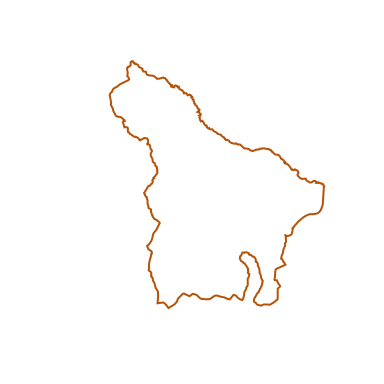 the district of Bukombe, Geita, United Republic of Tanzania, rotated 137°
{"feature_id": "72390352B18842274411831", "entity_name": "Bukombe", "entity_type": "district", "adm_level": 2, "iso_a3": "TZA", "parent_name": "United Republic of Tanzania", "parent_adm1": "Geita", "projection": "albers", "projection_center": [31.534, -3.788], "detail": "fine", "context": "isolated", "style": "outline", "palette": "amber", "viewbox_px": 384, "rotation_deg": 137, "n_neighbors": 0, "source": "geoboundaries", "source_scale": "gbopen_adm2", "svg_char_len": 6022}
<svg xmlns="http://www.w3.org/2000/svg" viewBox="0 0 384 384"><g transform="rotate(137 192 192)"><path d="M229.0,78.7L227.5,79.0L224.7,80.7L221.9,83.1L218.7,84.0L217.8,84.9L214.8,85.8L210.6,90.4L208.6,91.1L206.7,92.3L206.0,93.0L206.4,93.8L206.1,95.0L205.2,95.3L204.3,97.0L203.8,97.0L203.4,97.6L202.7,100.7L202.2,104.0L202.8,104.6L202.5,106.2L203.2,107.8L202.6,110.3L201.7,111.4L200.7,112.2L199.5,112.0L196.5,113.3L195.3,112.0L195.1,112.2L194.3,111.7L192.8,110.1L192.2,108.4L192.9,107.1L192.3,106.1L191.8,105.9L191.7,103.5L190.8,102.4L191.0,100.2L191.9,98.4L192.6,97.9L192.8,97.0L192.4,96.6L192.7,94.8L194.3,93.0L194.6,91.1L196.2,88.4L197.7,86.8L198.2,84.7L199.9,82.3L200.8,79.6L200.7,79.0L202.3,77.6L202.8,77.6L204.2,76.2L206.0,75.7L207.6,74.8L208.3,74.8L210.0,74.0L211.0,73.8L211.6,73.2L214.0,73.4L215.0,72.8L219.4,71.5L221.1,70.2L221.4,69.1L221.3,68.4L220.9,67.8L221.2,65.9L221.0,65.0L219.0,61.7L216.6,61.0L215.6,60.3L211.7,56.3L206.9,55.4L202.7,55.2L202.0,55.6L195.7,62.4L195.2,62.8L192.5,62.8L191.7,63.1L191.1,66.9L190.1,69.5L191.6,71.0L191.3,71.9L190.2,72.5L186.1,76.3L183.8,78.2L183.0,78.3L173.3,75.1L172.7,77.5L172.8,78.7L172.1,80.6L172.0,81.7L172.3,82.4L170.1,84.1L167.1,85.5L164.2,87.7L160.4,89.3L159.4,90.8L157.2,91.5L154.1,95.0L153.3,96.7L153.0,96.5L152.9,95.4L152.3,94.7L149.5,93.3L148.1,93.2L146.5,94.0L143.2,96.5L141.4,97.0L141.6,97.1L134.8,97.9L127.6,97.5L123.9,96.7L120.6,95.2L118.5,93.1L115.2,91.0L113.4,90.6L111.2,90.7L109.1,91.4L105.0,93.6L92.1,105.8L91.5,105.9L91.6,106.4L91.1,107.1L90.9,108.4L91.4,108.7L91.2,109.6L92.1,110.6L92.1,111.1L92.6,111.9L93.2,112.2L93.0,112.7L93.8,112.9L95.0,114.1L94.0,114.5L94.3,115.7L95.4,117.1L97.9,117.5L99.3,118.5L100.3,121.9L100.3,122.7L99.7,124.1L102.8,126.8L103.5,128.7L103.5,132.1L103.2,132.6L100.8,133.6L100.3,135.6L101.4,138.5L102.3,138.4L103.7,139.9L103.4,140.4L103.8,140.8L103.8,141.7L103.4,142.3L103.0,146.0L103.5,147.4L103.4,148.1L104.7,149.8L104.6,150.2L103.4,150.2L103.3,150.5L103.9,151.2L103.4,152.6L103.7,154.7L104.2,155.4L103.5,157.8L103.4,159.4L104.3,161.4L105.1,162.1L105.8,163.5L105.7,165.9L106.1,166.3L105.7,167.8L106.2,168.8L105.8,169.2L106.5,170.4L106.7,171.4L107.4,171.7L108.7,173.7L110.8,176.0L111.5,176.0L113.1,177.6L113.9,177.4L116.3,179.2L119.9,180.6L120.2,181.7L121.0,182.6L121.2,184.9L124.2,188.6L124.1,189.4L124.5,194.0L126.5,196.0L126.4,197.3L128.3,198.5L128.6,199.4L129.6,200.6L130.3,203.1L130.0,204.3L130.3,205.3L130.7,206.2L131.8,206.9L131.5,207.9L131.8,208.3L131.5,208.8L131.7,209.8L131.4,210.1L132.1,212.5L131.8,213.9L133.7,217.4L133.5,218.8L134.7,221.9L134.3,223.9L136.1,225.5L136.3,226.7L136.0,227.0L136.7,227.2L136.8,227.6L136.9,229.5L136.3,229.9L136.5,230.3L136.1,230.9L136.7,231.6L136.9,232.8L136.2,234.4L136.0,237.0L137.1,237.5L136.8,237.8L137.2,238.6L135.7,241.5L135.0,241.5L134.3,242.2L134.5,242.9L133.2,242.5L132.6,242.7L132.9,243.5L132.6,244.1L132.7,246.0L133.3,246.8L132.1,246.8L131.5,246.3L130.9,246.9L130.5,247.0L130.8,247.9L130.3,248.8L130.8,249.4L129.8,251.6L130.3,253.4L129.7,254.4L130.0,255.2L128.9,256.7L128.8,257.5L127.9,258.4L128.3,258.9L128.1,259.9L127.9,260.6L127.4,260.6L126.9,261.4L127.0,262.0L127.6,262.2L126.8,263.2L127.4,264.9L128.2,265.0L128.3,265.4L129.3,265.8L128.8,267.6L128.9,268.3L130.6,269.6L129.9,270.4L130.2,272.1L129.7,272.6L130.2,274.2L131.0,275.6L129.9,277.9L130.9,278.1L130.7,278.9L130.9,279.3L130.6,279.7L131.1,280.2L131.2,281.0L132.2,281.6L133.0,281.5L133.6,280.7L134.9,282.1L133.7,283.8L133.9,284.3L134.9,284.2L134.3,285.1L134.6,286.3L134.4,287.0L134.6,288.1L134.3,289.1L134.5,290.7L134.0,291.4L134.2,292.1L133.9,293.3L134.6,294.1L135.0,295.4L138.8,297.2L139.2,297.8L140.2,298.4L140.5,298.9L140.3,300.5L140.9,303.2L144.2,307.0L144.8,308.4L144.7,309.5L143.7,311.3L145.5,313.5L145.0,314.4L145.1,315.2L144.2,315.9L144.8,317.9L145.5,319.4L144.8,322.1L146.0,324.0L145.6,324.0L145.5,324.3L146.6,325.9L146.3,326.5L146.6,327.1L146.1,327.9L147.0,328.7L148.5,328.8L150.3,326.6L151.9,326.5L152.4,326.8L153.3,326.6L153.7,327.2L155.1,326.8L158.0,322.7L160.3,320.9L160.3,319.1L161.1,317.3L162.4,317.2L171.1,319.9L174.9,320.1L177.5,320.9L179.6,321.0L180.9,320.6L181.9,319.9L184.0,319.9L185.9,319.3L190.2,312.5L191.9,311.1L193.0,307.0L194.2,305.2L195.7,299.4L194.6,297.2L193.4,296.0L192.9,295.0L192.4,290.4L192.8,289.8L193.5,290.7L194.5,290.5L195.3,289.9L195.6,288.6L197.3,285.4L196.6,285.0L195.2,283.3L195.4,282.4L197.3,280.4L197.9,279.4L197.3,278.3L197.8,277.4L197.7,276.3L197.2,275.4L196.7,272.0L195.9,271.4L195.8,270.6L195.1,270.0L194.6,267.9L195.0,265.5L194.5,265.1L194.1,265.4L193.2,264.9L189.9,263.9L188.2,261.7L189.0,259.5L190.8,257.8L192.0,257.7L192.1,257.1L191.1,256.2L191.0,254.8L193.0,251.6L192.9,250.3L193.3,249.3L196.1,248.2L197.4,246.7L198.3,243.2L200.1,240.8L199.6,238.6L200.8,236.2L200.9,235.4L200.6,234.7L201.1,233.4L202.0,232.8L202.1,231.9L203.3,231.1L203.7,230.0L205.4,229.2L206.7,229.2L207.9,228.7L210.4,228.7L210.4,227.8L212.2,227.9L213.1,227.4L213.6,226.3L215.5,225.4L216.6,225.7L218.5,225.3L219.2,225.9L220.6,226.1L221.5,225.6L227.8,223.9L227.9,222.6L228.4,222.3L228.8,220.5L228.6,218.8L229.4,218.3L230.0,216.6L231.7,214.4L232.5,213.8L233.6,211.4L234.7,210.0L233.9,207.2L235.6,205.4L235.9,204.3L237.0,202.4L236.9,201.5L237.5,201.0L237.6,200.3L237.9,197.8L237.0,195.8L236.6,193.2L236.7,191.3L244.2,188.6L247.9,188.1L249.2,187.6L252.7,185.2L255.3,183.9L258.9,183.1L261.6,183.2L262.9,179.9L262.1,176.2L262.9,174.6L264.2,174.5L264.5,173.9L271.1,169.8L274.9,166.3L275.2,165.6L277.2,164.1L276.7,161.7L276.9,160.9L277.5,159.8L278.4,159.5L279.0,157.9L279.4,158.0L279.5,157.7L279.6,155.6L281.0,153.8L281.4,151.4L284.0,146.6L284.7,142.6L288.0,138.7L293.1,134.1L288.3,130.8L287.9,128.8L287.9,126.4L288.4,123.2L281.5,121.7L277.8,122.1L274.9,123.6L268.0,123.8L267.1,123.1L265.1,118.0L264.4,117.4L261.0,117.1L259.5,115.0L258.8,113.4L258.6,109.1L257.9,107.3L254.7,103.8L253.4,102.5L251.4,101.4L246.3,100.7L244.4,99.4L242.4,95.8L240.3,93.0L238.9,89.6L237.5,87.6L231.9,88.5L230.7,86.7L230.4,85.7L230.7,83.8L230.5,82.8L229.9,80.4L229.0,78.7Z" fill="none" stroke="#b45309" stroke-width="2"/></g></svg>